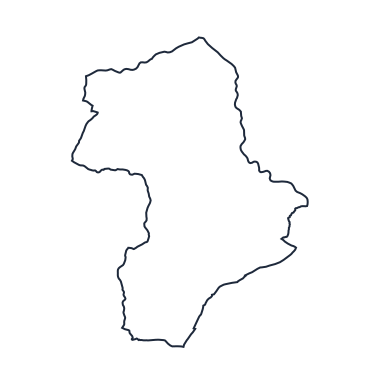 Sutatenza, Boyacá, Colombia, rotated 259°
{"feature_id": "7082276B29304036127209", "entity_name": "Sutatenza", "entity_type": "district", "adm_level": 2, "iso_a3": "COL", "parent_name": "Colombia", "parent_adm1": "Boyacá", "projection": "robinson", "projection_center": [-73.439, 5.025], "detail": "fine", "context": "isolated", "style": "outline", "palette": "slate", "viewbox_px": 384, "rotation_deg": 259, "n_neighbors": 0, "source": "geoboundaries", "source_scale": "gbopen_adm2", "svg_char_len": 6034}
<svg xmlns="http://www.w3.org/2000/svg" viewBox="0 0 384 384"><g transform="rotate(259 192 192)"><path d="M325.9,110.0L322.1,109.6L318.8,108.9L317.7,108.6L316.8,108.1L315.4,106.6L314.5,106.2L313.3,106.1L310.6,106.2L309.9,106.2L308.1,105.7L306.7,105.1L304.2,103.2L302.6,102.5L301.3,105.4L300.5,106.5L296.7,109.7L295.7,110.9L293.4,109.8L290.6,108.7L290.4,108.7L290.3,110.4L288.4,114.0L288.0,114.6L287.1,114.2L286.4,113.5L285.7,112.2L284.8,110.0L283.4,108.3L282.1,106.1L281.2,104.0L280.5,103.1L278.8,101.3L277.0,100.0L272.5,97.4L270.7,96.0L266.3,93.4L265.4,92.6L263.9,91.0L262.2,90.5L261.6,90.0L258.8,87.0L256.3,85.5L253.1,82.6L252.1,81.9L249.9,81.3L247.5,81.3L246.8,81.1L245.6,80.1L243.7,81.9L240.1,86.3L239.5,87.4L238.8,90.1L238.3,90.9L237.6,91.7L234.3,94.5L233.5,95.8L233.1,96.7L232.3,98.1L231.8,99.5L231.7,100.9L231.1,101.6L229.7,102.4L229.2,103.3L229.1,104.3L229.3,105.2L229.6,105.6L230.7,107.1L231.0,107.9L230.9,109.3L231.1,110.0L230.9,110.0L231.3,111.0L231.0,114.2L230.7,115.2L229.5,116.4L228.0,120.6L228.0,121.3L228.7,123.4L228.0,125.1L227.3,128.4L226.3,131.1L225.5,132.6L224.6,133.6L223.7,134.0L222.3,134.0L221.3,134.5L220.9,135.1L220.5,136.2L220.4,136.8L220.9,139.0L220.6,140.3L219.8,142.8L218.2,146.0L216.4,146.6L214.7,147.5L213.4,147.9L212.5,148.1L207.9,148.3L206.4,149.0L204.8,149.4L204.4,149.4L202.6,148.9L201.7,148.8L198.7,149.2L195.6,149.1L193.5,149.7L191.6,149.8L189.7,148.9L188.9,148.4L186.8,146.7L184.8,145.3L180.4,143.1L176.3,142.5L174.9,142.5L172.9,142.0L172.0,141.2L171.1,140.0L170.6,139.4L170.1,139.1L167.5,138.8L167.0,138.9L166.2,139.2L163.9,140.4L162.9,140.9L159.7,141.8L158.5,141.4L156.8,141.5L154.8,140.5L152.3,139.1L151.8,138.7L151.5,137.9L151.5,136.6L151.3,135.9L150.1,133.0L148.7,128.0L147.9,126.4L147.1,124.1L147.1,123.9L148.4,122.0L149.2,119.6L149.4,118.8L149.0,118.5L148.1,117.3L147.1,116.3L143.6,114.7L142.7,114.3L142.0,114.2L141.0,114.4L140.3,114.3L138.8,113.8L137.7,113.4L134.5,111.4L133.4,110.3L132.1,107.2L131.4,105.9L130.9,105.3L129.9,104.5L128.7,104.1L126.4,103.7L124.5,103.3L123.0,103.2L121.0,103.6L119.5,104.5L117.7,105.1L111.2,105.6L110.5,105.5L109.3,105.1L108.1,105.7L106.9,106.1L106.2,106.0L104.3,105.2L103.9,105.2L103.2,105.3L101.3,106.1L100.1,106.3L99.3,105.9L98.8,105.1L98.2,103.9L97.5,103.2L96.5,102.7L94.3,102.6L92.7,103.2L91.0,103.3L90.1,103.1L88.2,102.4L87.4,101.9L86.5,101.7L84.0,102.0L81.9,102.4L81.3,102.4L80.7,102.2L78.3,100.9L77.2,100.6L75.3,100.3L74.6,100.0L72.0,97.5L70.1,100.0L68.6,103.2L67.9,104.0L65.6,103.9L65.0,104.1L62.0,105.8L60.6,106.0L60.1,105.9L59.2,104.9L58.9,104.8L58.7,104.8L58.2,105.5L58.4,108.5L58.7,109.8L58.1,110.5L56.9,111.3L57.1,112.1L56.6,112.6L56.4,114.0L55.6,116.3L55.1,119.1L54.7,120.5L53.8,128.5L53.3,131.3L51.9,136.2L51.3,137.3L47.7,139.5L45.6,141.3L44.6,142.6L44.2,143.3L43.4,148.1L42.5,151.9L41.6,154.1L43.7,155.1L47.5,158.6L48.3,159.6L52.5,163.9L54.1,166.0L57.0,169.0L57.8,167.6L68.1,175.1L69.3,176.3L69.8,177.2L70.4,177.7L75.0,180.2L76.9,181.0L78.3,181.4L78.7,182.7L79.0,183.4L80.2,184.1L82.8,186.2L83.9,187.7L84.5,188.9L84.9,190.2L85.9,191.6L86.6,192.0L87.3,192.0L87.4,194.1L90.0,197.0L92.8,199.8L93.5,200.8L93.9,201.6L94.7,204.4L95.0,205.6L95.1,207.5L95.2,213.9L94.9,219.4L95.5,220.0L96.3,221.9L97.5,225.6L98.6,227.0L99.5,228.6L100.0,228.3L101.2,232.6L101.8,235.7L104.1,241.6L104.9,244.5L104.7,246.2L104.5,250.4L105.0,254.1L105.4,259.9L106.3,264.9L107.8,268.8L111.3,276.1L112.2,277.7L113.5,279.3L114.4,280.7L115.7,282.3L117.5,283.5L118.6,282.5L119.6,281.2L120.5,279.4L123.1,276.2L125.6,273.7L127.5,272.4L128.9,270.9L130.0,273.0L129.8,274.3L130.1,275.0L129.9,276.0L130.0,276.6L130.6,277.3L132.1,278.3L133.6,278.9L135.7,279.4L136.9,280.0L138.5,280.3L139.4,281.1L140.7,281.4L141.7,281.9L142.7,281.7L143.8,282.1L144.6,281.7L145.5,281.5L147.7,281.3L148.1,281.4L148.3,281.7L148.6,283.1L149.9,283.5L150.1,283.9L150.2,284.6L150.5,284.9L151.4,285.4L152.1,286.0L152.3,286.4L152.4,287.6L152.7,288.0L153.1,288.2L154.3,289.8L154.9,290.0L155.5,290.0L155.9,290.1L156.1,290.4L156.3,290.8L156.2,292.0L156.7,293.7L156.6,294.7L157.1,296.1L157.1,296.9L157.0,298.0L156.3,300.9L156.3,302.3L157.7,303.0L159.4,303.5L161.0,303.8L162.8,303.9L164.5,303.4L166.3,302.1L168.7,299.8L170.2,298.0L172.0,295.2L173.6,293.9L178.5,292.6L180.0,291.9L181.4,291.1L182.6,289.4L183.7,287.5L184.6,284.6L185.2,282.2L185.6,278.7L186.6,273.8L187.5,272.3L188.4,271.3L189.7,271.0L190.6,270.9L193.4,272.2L194.6,272.3L195.9,272.1L197.2,271.4L198.4,270.0L198.6,268.7L198.2,265.9L198.2,264.5L198.3,263.4L199.1,262.4L200.3,262.0L201.7,262.3L203.0,262.5L207.2,262.3L208.6,261.8L209.5,260.7L209.9,259.3L209.9,258.1L209.3,256.8L209.2,255.0L209.7,254.0L210.8,253.3L212.1,253.0L214.4,252.9L216.1,252.2L217.5,251.4L219.0,250.2L222.2,248.6L224.1,248.0L226.1,248.0L227.8,248.4L229.5,249.9L231.0,252.0L232.5,253.4L233.5,254.2L234.7,254.4L237.4,254.0L242.9,254.9L244.2,254.6L247.2,253.7L249.9,253.1L251.1,253.0L252.3,253.4L253.0,254.0L254.9,255.1L257.2,254.8L261.6,255.3L263.6,254.1L265.9,251.7L267.1,251.0L268.3,250.8L269.7,250.8L271.5,251.3L274.6,253.1L275.7,254.1L278.3,255.4L279.5,255.5L280.9,255.3L283.0,254.4L283.7,254.4L284.5,254.6L287.2,256.1L288.3,256.2L290.1,255.6L291.2,255.5L292.7,255.9L294.0,257.1L294.9,258.2L295.8,259.0L296.9,259.3L298.1,259.1L301.1,258.2L305.8,258.0L307.7,257.0L310.1,255.3L314.5,251.1L315.9,249.6L317.4,248.3L320.6,246.1L324.2,243.9L329.5,239.3L334.1,235.8L337.7,234.0L339.6,233.3L340.7,232.6L341.4,231.1L341.9,229.4L342.4,228.2L341.5,226.8L339.0,220.5L338.7,215.8L338.4,212.4L337.1,206.7L336.1,203.8L333.8,199.2L333.4,196.9L333.6,194.8L334.5,193.0L335.0,191.6L334.8,186.6L334.0,182.8L332.9,181.0L331.5,179.1L330.4,178.1L330.2,177.0L329.7,175.7L328.7,174.0L328.0,172.1L328.1,170.3L328.8,168.0L329.0,166.4L328.3,165.0L324.9,162.3L323.7,160.5L323.2,158.3L323.2,156.9L323.7,155.1L324.7,153.1L325.4,150.9L325.3,149.0L324.7,147.6L322.9,144.6L323.0,143.5L323.6,142.4L325.5,139.5L327.3,137.3L328.0,136.2L328.0,134.9L327.6,132.1L327.7,130.4L328.9,125.8L329.2,123.9L329.3,122.5L328.9,120.9L327.3,116.1L326.3,112.8L325.9,110.0Z" fill="none" stroke="#1e293b" stroke-width="2"/></g></svg>